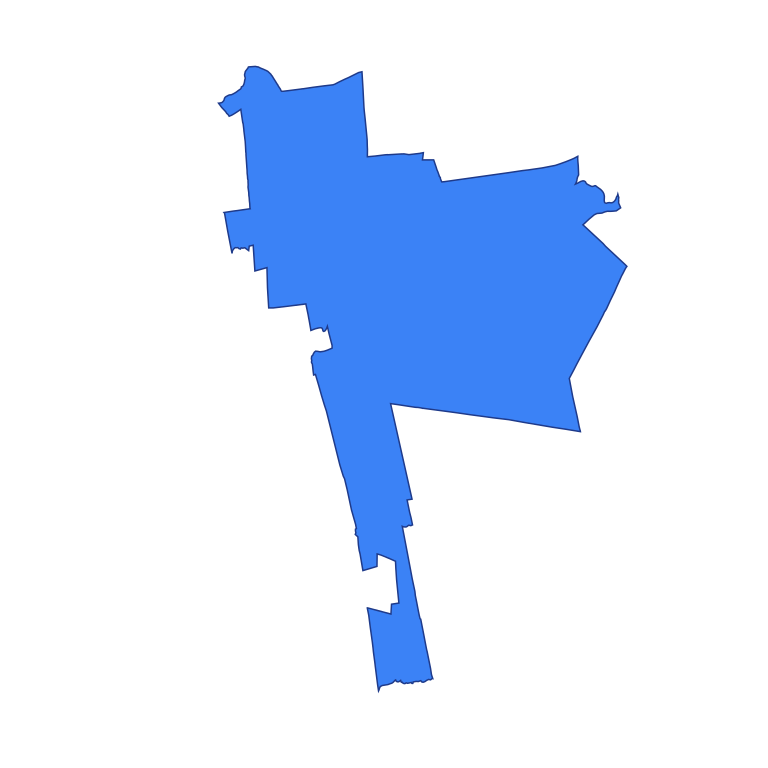 Salcioara, Dâmbovita, Romania, rotated 281°
{"feature_id": "2599482B29130096234680", "entity_name": "Salcioara", "entity_type": "district", "adm_level": 2, "iso_a3": "ROU", "parent_name": "Romania", "parent_adm1": "Dâmbovita", "projection": "robinson", "projection_center": [25.568, 44.74], "detail": "fine", "context": "isolated", "style": "filled", "palette": "blue", "viewbox_px": 768, "rotation_deg": 281, "n_neighbors": 0, "source": "geoboundaries", "source_scale": "gbopen_adm2", "svg_char_len": 6080}
<svg xmlns="http://www.w3.org/2000/svg" viewBox="0 0 768 768"><g transform="rotate(281 384 384)"><path d="M615.0,577.3L613.6,577.2L611.7,576.5L610.3,576.4L609.1,576.1L607.2,575.2L605.9,574.0L605.3,572.9L605.1,571.8L605.1,570.7L604.7,569.4L604.3,568.5L603.8,567.8L603.9,566.6L604.3,565.9L605.2,565.5L606.4,565.1L608.0,564.9L610.4,564.5L612.5,563.6L613.9,562.6L615.1,561.3L616.4,559.4L618.1,555.6L619.0,553.9L618.9,553.2L618.0,551.7L617.6,550.6L617.7,549.5L618.4,547.0L619.0,545.1L620.0,543.8L620.9,543.2L621.3,542.3L621.5,541.5L621.3,540.3L620.4,538.5L617.9,535.5L616.8,533.8L617.7,534.1L619.7,534.4L620.5,534.5L622.0,534.4L623.9,534.5L624.5,534.6L626.1,535.1L626.6,535.1L635.5,533.0L635.8,532.9L639.6,531.8L643.2,530.9L643.6,531.0L644.5,530.8L641.8,527.5L640.0,524.9L636.9,520.1L633.8,514.9L631.3,510.5L626.3,498.1L621.7,484.9L619.9,479.2L615.3,466.2L597.0,413.0L594.1,404.6L593.4,402.2L593.5,402.0L596.3,400.2L597.4,399.9L597.9,399.4L598.3,398.7L598.8,398.6L600.3,397.7L602.5,396.4L604.4,395.1L605.1,394.7L606.3,394.1L613.5,390.0L611.3,379.0L614.8,378.8L618.6,378.5L617.5,375.7L617.3,375.4L613.9,364.7L613.7,359.7L613.3,358.0L613.1,357.0L609.7,343.8L609.8,343.6L609.0,340.8L606.1,331.9L603.9,324.3L611.1,323.0L614.4,322.2L620.3,320.9L622.8,320.2L640.6,314.9L648.7,312.4L651.9,311.5L670.0,307.0L686.3,302.8L684.9,299.7L684.4,299.0L678.1,290.8L675.6,287.2L672.1,282.5L669.0,278.6L668.4,277.6L667.9,276.7L665.1,267.9L661.7,257.7L658.4,248.4L658.2,247.6L657.5,245.6L653.8,234.4L652.2,229.5L651.9,228.2L651.8,227.7L652.1,227.1L652.5,226.8L653.8,225.9L656.3,223.4L656.8,223.0L657.4,222.6L658.1,221.8L660.5,219.6L664.0,216.3L664.9,215.6L665.1,215.3L665.3,214.9L666.5,213.8L668.6,210.5L668.9,209.8L669.2,208.8L670.0,205.4L670.3,203.7L670.7,201.9L671.2,200.2L671.3,199.6L671.1,199.3L671.1,198.8L671.2,198.2L671.2,197.1L669.5,190.8L669.3,190.4L669.1,190.3L668.3,190.2L667.7,189.9L664.5,188.3L663.9,188.2L662.6,188.2L661.6,188.1L661.0,188.1L660.4,188.3L659.9,188.4L658.4,189.2L657.7,189.4L657.1,189.5L655.8,189.3L653.7,189.4L652.0,189.3L650.1,188.9L649.1,188.3L648.7,187.7L648.4,187.3L648.2,187.3L647.2,187.3L646.7,187.2L646.2,186.9L644.2,184.9L642.9,183.8L641.8,182.7L640.4,181.1L638.9,179.1L638.2,177.0L637.7,176.2L636.0,174.1L635.2,173.4L634.3,173.0L633.9,172.9L632.2,172.8L631.5,172.6L630.3,171.9L629.6,171.4L629.1,170.7L628.5,169.3L628.1,168.0L624.5,171.9L621.2,176.5L620.3,177.4L619.6,178.0L619.2,178.8L618.5,179.8L617.3,180.9L618.8,183.2L621.1,185.8L624.0,188.8L626.3,191.0L613.8,195.4L613.3,195.6L613.1,195.9L606.6,198.0L606.0,198.1L595.5,201.5L590.5,202.8L585.6,204.0L583.8,204.6L583.0,204.7L582.2,204.9L572.1,207.6L570.9,207.9L567.7,208.8L564.6,209.5L562.1,210.3L559.4,211.0L559.0,211.2L558.0,211.7L557.2,211.8L556.7,211.9L553.4,212.7L552.3,212.8L551.1,213.0L546.1,214.7L543.2,215.4L541.2,216.1L537.8,217.0L535.7,217.7L531.7,218.7L530.8,219.0L530.5,219.2L528.3,212.8L526.2,206.8L525.0,203.1L521.8,194.2L521.2,194.9L504.0,201.5L483.2,209.9L485.9,209.8L488.3,210.9L489.5,212.0L489.6,213.2L490.0,214.5L489.2,215.9L489.1,217.3L490.4,217.8L490.4,219.5L491.2,221.3L489.1,225.7L493.6,225.4L495.3,229.1L470.3,235.7L475.9,246.9L456.1,251.3L436.7,256.3L437.6,260.9L440.7,270.7L446.9,289.7L447.7,292.0L437.5,296.3L434.1,297.6L432.4,298.3L424.6,301.3L422.6,302.0L425.1,306.0L426.7,309.5L427.0,310.5L427.2,311.3L427.1,312.1L426.8,312.7L426.1,313.2L424.6,313.9L424.2,314.4L424.1,314.9L425.2,316.2L427.8,317.1L429.8,317.4L422.8,320.5L411.9,325.7L409.3,326.2L408.2,324.6L406.4,321.9L404.7,318.9L403.4,315.2L403.4,312.8L403.2,310.6L402.0,309.6L400.5,309.0L398.4,308.5L397.5,307.7L394.9,307.9L393.3,308.6L391.9,308.6L391.2,308.8L390.0,309.8L387.6,310.6L383.0,312.0L379.4,313.2L380.3,314.9L369.1,320.7L360.9,324.8L352.0,329.5L346.5,332.6L296.1,356.1L285.8,361.6L283.4,363.4L279.4,365.2L273.3,368.0L254.2,376.1L241.0,382.8L236.8,384.5L236.1,383.7L234.4,384.0L232.5,384.8L231.7,384.6L230.8,384.5L229.0,387.5L221.4,389.5L215.9,391.4L212.7,392.9L196.8,398.9L203.6,411.9L215.9,409.7L215.5,413.7L213.6,423.1L212.2,429.1L205.3,430.8L194.3,433.7L171.8,440.4L169.3,433.4L159.5,434.7L161.1,410.5L161.0,410.3L153.7,413.3L152.7,413.6L142.4,417.0L128.1,421.9L122.8,423.6L119.1,424.7L108.4,428.3L104.9,429.4L87.6,435.1L81.7,437.2L82.4,437.4L85.1,437.7L86.4,438.2L87.7,439.8L89.7,445.2L91.3,447.8L91.7,448.7L92.9,449.9L95.3,451.4L95.7,451.9L94.8,452.4L94.3,453.3L94.4,453.9L94.2,454.5L94.8,455.6L96.2,456.9L94.7,457.7L94.5,458.1L94.7,458.9L94.2,459.2L93.8,460.4L93.8,461.4L94.2,462.2L94.9,462.8L94.7,464.2L95.6,466.4L96.2,467.7L95.6,468.2L95.4,468.7L95.6,469.4L96.4,469.5L97.1,469.5L98.2,472.3L98.4,473.7L98.4,474.3L99.8,476.7L98.8,477.8L98.7,478.3L98.7,479.0L98.9,479.8L99.9,481.2L101.3,482.5L102.5,484.2L102.5,486.2L104.1,487.5L104.1,487.9L104.1,488.1L106.2,486.9L107.9,486.0L113.8,483.9L129.8,477.3L131.2,476.6L135.4,474.9L147.4,470.1L160.2,464.9L160.4,464.2L163.5,462.8L167.1,461.3L177.3,457.2L182.4,455.1L186.3,453.9L198.1,448.9L209.2,444.5L222.0,439.4L247.8,429.1L247.5,430.5L247.6,431.2L247.8,432.7L248.1,433.3L248.8,434.1L249.8,434.9L250.1,435.3L250.1,435.7L250.1,436.3L250.0,436.9L250.1,437.3L250.3,437.8L250.8,438.4L251.1,438.9L258.2,435.9L262.8,433.7L274.6,428.8L276.3,433.5L366.0,394.2L366.4,401.8L366.7,409.5L367.1,418.9L367.2,420.2L367.3,420.4L367.5,422.1L367.6,424.9L367.5,426.7L367.6,426.8L368.9,448.1L369.7,461.9L370.3,474.6L371.0,486.2L371.6,496.7L371.6,496.9L372.8,513.3L373.0,528.4L373.7,557.3L374.3,571.4L374.7,585.9L375.7,585.5L376.6,585.0L379.4,583.7L389.0,579.8L407.5,571.7L423.6,565.3L424.8,564.8L434.3,567.7L439.9,569.3L451.0,572.7L465.5,577.2L480.8,582.2L494.0,586.0L497.5,586.8L497.8,587.2L500.4,588.1L509.1,590.2L518.4,592.7L524.0,593.9L530.3,595.4L535.5,596.6L537.3,597.2L543.2,598.9L544.3,599.3L545.8,600.0L547.2,598.0L561.5,575.1L563.6,572.4L578.2,548.9L581.3,551.2L584.8,553.7L588.4,556.6L590.3,558.2L592.0,560.5L592.7,563.0L593.4,565.4L595.0,567.8L596.2,570.4L596.7,573.4L597.6,576.7L598.3,579.0L602.1,582.7L606.4,579.8L609.2,579.3L610.4,578.9L611.4,579.0L611.8,578.9L612.4,578.7L612.8,578.2L613.8,577.9L615.0,577.3Z" fill="#3b82f6" stroke="#1e3a8a" stroke-width="1.5"/></g></svg>